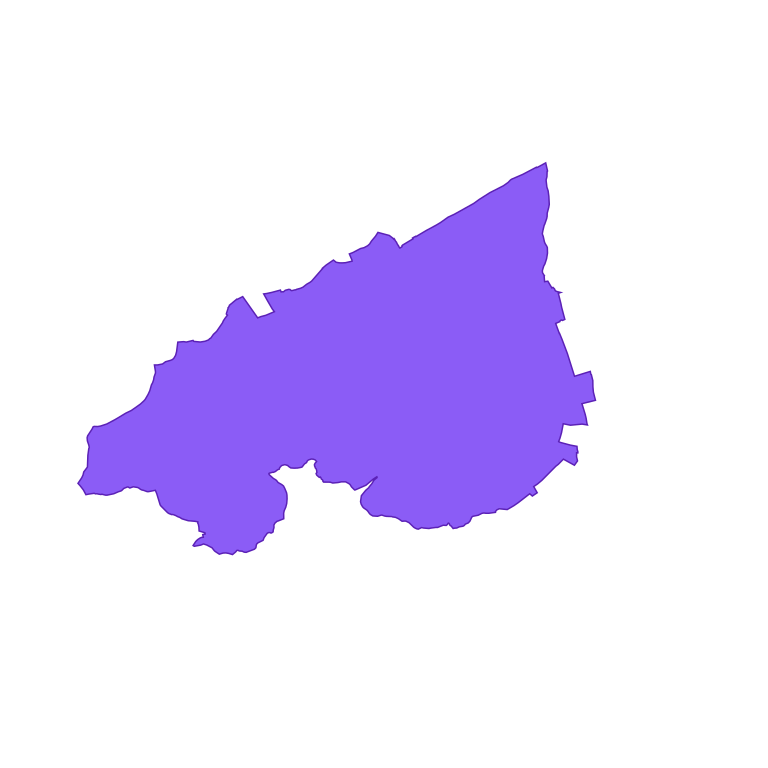 Sanger, Mures, Romania, rotated 129°
{"feature_id": "2599482B36183363035498", "entity_name": "Sanger", "entity_type": "district", "adm_level": 2, "iso_a3": "ROU", "parent_name": "Romania", "parent_adm1": "Mures", "projection": "albers", "projection_center": [24.16, 46.55], "detail": "fine", "context": "isolated", "style": "filled", "palette": "violet", "viewbox_px": 768, "rotation_deg": 129, "n_neighbors": 0, "source": "geoboundaries", "source_scale": "gbopen_adm2", "svg_char_len": 6159}
<svg xmlns="http://www.w3.org/2000/svg" viewBox="0 0 768 768"><g transform="rotate(129 384 384)"><path d="M513.7,574.4L518.0,569.6L519.3,568.5L523.3,567.1L525.7,565.7L528.7,564.6L531.0,564.2L536.6,561.8L540.5,560.8L546.3,559.9L548.2,560.0L553.0,560.7L563.6,563.7L569.1,566.3L580.9,570.6L589.6,574.3L595.0,577.8L597.2,579.7L599.4,582.6L600.3,583.1L602.9,582.5L610.8,581.7L612.6,580.9L614.9,578.7L617.3,574.9L618.7,573.2L620.1,572.7L625.7,569.3L635.2,562.2L641.3,562.0L644.2,560.6L647.1,559.9L653.8,559.3L654.3,556.1L655.5,551.0L657.6,546.0L655.5,544.3L651.6,540.7L651.3,540.3L650.9,539.0L649.8,537.9L649.6,537.2L648.0,534.4L647.2,533.9L645.7,530.6L644.7,529.3L639.3,524.9L634.9,522.6L632.8,521.2L631.9,520.8L628.9,520.5L625.5,518.6L625.0,517.8L624.9,516.4L624.7,516.0L621.7,514.2L619.5,510.4L619.2,509.3L619.1,507.0L618.8,505.6L617.9,503.8L616.7,500.3L615.8,499.2L610.5,494.8L612.3,491.5L618.8,481.9L619.2,480.5L620.2,471.2L619.9,469.0L619.5,468.4L619.3,467.1L618.7,466.5L618.0,465.3L617.2,462.6L617.0,461.1L616.2,458.7L615.9,456.1L613.5,450.2L609.6,444.4L608.3,441.9L609.4,441.1L609.8,440.1L611.8,437.7L614.6,435.2L612.3,429.6L613.1,428.6L615.1,430.1L616.8,428.0L618.1,429.3L619.4,430.0L622.2,430.9L624.9,431.2L629.7,430.7L629.5,429.3L624.5,425.0L621.9,423.6L620.7,420.5L619.5,414.6L620.3,411.2L620.4,409.9L619.9,404.9L616.7,402.7L614.8,400.6L613.4,398.1L611.9,394.4L607.9,393.6L605.9,393.6L605.1,392.8L605.0,392.0L604.6,391.0L603.2,389.0L602.7,386.9L601.6,385.2L593.9,380.7L591.9,380.5L589.1,382.1L588.1,382.2L586.8,382.0L581.6,379.6L578.8,380.5L573.4,380.8L571.9,380.0L571.2,379.0L571.0,378.1L570.4,377.6L568.7,377.1L567.1,378.2L564.9,379.1L562.9,380.8L560.7,381.2L557.9,380.7L557.3,380.2L551.8,377.1L547.5,380.7L545.3,381.8L541.6,382.8L538.1,384.4L534.3,387.0L531.4,389.5L529.9,391.2L527.6,395.4L526.5,397.9L526.5,400.2L527.2,404.3L526.6,406.8L526.6,408.0L527.0,410.5L526.7,416.0L526.2,417.0L525.6,417.1L522.8,415.1L522.2,414.3L520.3,413.3L517.5,412.7L516.1,411.8L514.7,412.4L512.4,412.3L511.6,412.1L509.3,410.5L508.8,409.7L507.9,407.5L508.1,406.5L507.9,403.6L505.9,400.8L503.7,398.3L501.0,396.0L500.0,395.4L496.5,395.5L495.4,395.3L494.5,394.9L493.5,394.8L492.1,395.2L490.5,394.9L488.0,393.2L486.8,391.4L486.3,389.5L486.7,387.6L489.0,387.7L490.5,387.3L491.5,386.2L491.8,385.3L492.4,384.8L492.6,383.4L493.6,381.9L495.1,380.4L496.2,380.5L496.9,379.5L497.2,378.7L497.3,375.5L496.4,375.0L496.4,374.5L497.3,372.9L497.2,371.7L497.4,370.8L498.0,370.4L498.0,369.8L498.3,369.3L494.2,364.1L493.2,361.5L489.5,357.7L486.8,355.5L484.2,352.3L483.5,348.6L483.5,347.1L484.4,344.5L484.8,340.8L484.8,340.0L484.4,339.7L474.0,334.3L464.7,332.5L460.6,331.2L460.7,330.8L461.1,330.5L465.0,331.3L469.2,330.7L473.1,330.8L474.2,330.6L478.1,331.3L485.0,331.3L490.2,328.2L491.7,326.2L492.9,323.3L493.1,321.7L492.8,318.1L493.0,317.0L492.9,316.9L493.7,314.3L494.0,312.6L493.6,309.7L490.8,305.7L487.7,303.7L487.2,303.1L486.2,300.4L485.3,298.8L482.1,294.5L481.9,293.7L480.4,291.2L479.6,288.0L479.3,283.6L477.7,281.9L476.8,280.7L476.0,277.2L476.6,270.8L476.4,269.1L475.9,267.3L475.2,266.0L471.9,264.4L471.1,262.7L468.0,258.1L466.6,257.0L462.7,253.3L461.8,252.1L456.5,249.1L454.7,246.6L453.2,246.3L452.1,246.6L451.5,246.3L451.4,245.5L452.2,244.1L452.3,243.5L452.1,242.5L452.8,239.3L452.1,238.9L450.1,236.8L447.6,235.6L444.8,233.1L443.4,232.6L441.7,232.6L439.0,231.1L436.5,230.9L432.3,232.0L430.9,231.7L426.7,228.2L422.9,226.5L421.4,225.2L420.3,223.4L418.5,221.2L413.6,216.6L413.0,217.1L410.9,217.1L408.5,216.0L404.0,209.2L396.8,206.5L391.7,205.0L377.6,201.7L377.7,198.2L372.1,196.5L369.5,203.1L365.2,201.8L359.6,200.7L339.7,198.7L336.7,198.0L329.5,197.3L327.3,184.9L322.0,185.2L319.4,188.5L316.2,191.1L315.6,190.0L314.8,190.5L313.3,192.6L311.0,194.8L314.2,200.7L318.4,210.1L318.9,212.0L315.5,213.1L310.1,215.4L302.1,219.7L298.7,213.2L290.5,204.8L287.8,200.1L287.0,201.4L283.4,205.4L281.0,208.5L274.7,217.8L263.6,209.4L258.6,216.1L254.7,219.9L249.9,223.9L246.2,228.8L246.2,229.5L244.4,231.6L258.1,240.8L244.9,260.7L237.3,273.7L234.2,279.4L234.4,279.5L232.1,283.4L228.9,288.7L224.9,286.6L224.1,286.9L223.2,286.7L222.5,286.2L222.3,285.3L220.0,284.1L212.7,294.1L210.2,297.1L203.8,305.6L201.7,304.3L203.1,307.3L203.7,309.2L203.7,309.7L202.8,311.3L202.6,313.5L203.7,314.0L201.0,321.4L203.4,323.6L199.2,327.6L198.9,327.5L197.9,330.5L197.4,331.2L196.3,332.2L194.8,332.9L191.8,334.1L189.5,334.5L184.3,336.5L179.4,339.3L175.2,342.9L174.5,344.2L173.4,347.3L172.4,349.0L168.8,353.5L168.7,353.9L167.6,355.5L165.1,356.9L159.9,359.4L158.8,359.6L153.0,361.7L151.1,362.7L148.5,364.7L143.1,367.1L140.4,368.6L134.4,374.0L130.6,378.0L128.5,381.3L124.1,385.8L123.1,386.6L120.4,387.8L116.3,390.9L115.6,390.9L110.4,397.5L118.8,401.0L119.7,401.5L119.6,402.0L133.8,408.1L144.5,413.7L145.9,414.1L149.3,414.4L154.9,416.0L168.6,422.1L180.5,426.1L187.2,427.9L207.9,436.2L214.0,439.2L223.0,441.7L227.4,443.3L237.7,447.6L249.3,451.9L249.2,452.3L251.2,453.2L252.6,453.7L252.9,452.8L264.4,457.0L265.4,457.0L265.9,456.4L268.2,457.1L268.4,457.3L267.7,459.5L267.3,459.9L267.3,460.5L266.6,462.4L265.9,463.6L265.9,464.2L265.3,466.1L264.9,466.6L264.7,467.6L265.3,467.6L265.1,468.9L265.2,473.3L270.0,484.1L274.5,483.6L280.9,483.7L284.2,483.3L286.8,483.7L290.6,485.3L293.5,487.5L301.8,491.1L304.7,492.8L307.8,487.0L308.6,486.1L313.9,490.2L316.2,492.7L317.9,494.9L319.5,497.8L319.5,501.3L327.9,503.8L332.7,504.7L332.7,504.4L349.4,505.0L351.3,505.4L355.2,506.9L359.7,507.9L362.1,509.1L365.6,511.6L366.3,511.8L367.2,512.7L369.0,514.0L369.7,514.8L369.8,515.4L369.7,516.5L370.4,517.6L373.3,519.7L375.5,520.1L377.2,522.0L376.2,523.6L383.5,528.9L387.6,532.2L389.7,534.2L392.7,526.7L396.0,518.0L396.8,514.7L405.0,519.1L409.1,522.1L412.1,523.8L405.0,548.8L410.7,551.4L410.7,551.8L420.1,553.7L420.6,553.4L422.3,553.1L422.9,553.2L423.3,552.8L428.5,550.8L429.0,550.3L429.0,549.0L433.0,548.9L436.1,548.6L438.2,548.0L448.4,547.2L452.8,547.8L457.3,547.5L458.5,548.0L460.1,548.1L463.3,549.9L467.0,553.2L470.5,558.5L470.6,558.9L470.3,559.8L475.8,564.0L477.2,566.4L481.2,570.6L489.5,565.5L492.9,564.0L496.5,563.5L498.3,563.9L500.0,564.8L504.2,567.8L507.8,568.7L511.6,571.9L513.7,574.4Z" fill="#8b5cf6" stroke="#5b21b6" stroke-width="1.5"/></g></svg>